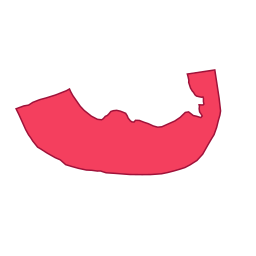 Alamoni, Tuvalu (Equal Earth projection), rotated 342°
{"feature_id": "33948139B55306304782384", "entity_name": "Alamoni", "entity_type": "district", "adm_level": 2, "iso_a3": "TUV", "parent_name": "Tuvalu", "parent_adm1": "", "projection": "equal_earth", "projection_center": [177.156, -7.249], "detail": "fine", "context": "isolated", "style": "filled", "palette": "rose", "viewbox_px": 256, "rotation_deg": 342, "n_neighbors": 0, "source": "geoboundaries", "source_scale": "gbopen_adm2", "svg_char_len": 1575}
<svg xmlns="http://www.w3.org/2000/svg" viewBox="0 0 256 256"><g transform="rotate(342 128 128)"><path d="M27.5,75.1L28.4,81.4L29.4,90.4L30.2,97.9L31.3,103.7L32.5,107.4L33.4,111.0L36.1,118.2L38.8,121.3L43.1,126.6L49.6,133.7L49.7,133.8L53.8,137.4L57.4,143.6L62.6,147.2L68.5,151.1L75.4,155.1L80.4,157.0L85.4,159.4L88.6,160.4L90.9,162.1L93.3,163.8L100.8,166.8L115.4,172.8L127.0,176.7L135.2,179.3L145.8,181.9L151.9,182.6L158.3,183.0L164.5,183.2L169.9,183.2L175.7,182.2L180.3,181.0L183.5,180.2L188.6,177.3L190.9,176.0L194.5,172.7L198.5,169.0L203.8,164.3L207.8,160.9L212.5,154.8L216.1,149.0L219.4,144.1L221.3,140.4L223.9,127.6L228.5,99.6L201.1,95.0L201.0,97.6L200.6,101.4L199.8,103.4L199.8,106.5L199.8,109.4L200.6,112.8L201.3,114.3L202.0,117.2L203.0,118.8L205.4,120.3L207.6,121.5L208.9,121.7L208.9,123.2L207.9,126.1L207.6,128.6L206.9,129.2L205.6,129.0L204.1,128.4L202.8,127.9L202.6,129.5L201.6,131.7L201.1,134.8L201.8,137.3L202.3,139.5L200.5,140.6L196.8,138.0L193.9,136.3L190.6,131.4L187.3,130.9L186.3,131.4L183.6,132.7L181.0,134.0L174.7,135.8L160.6,137.3L156.5,136.4L152.7,133.9L148.6,130.1L145.3,127.7L141.1,124.3L137.5,123.0L135.5,124.2L133.6,123.4L132.4,121.8L131.8,120.2L131.2,118.7L131.0,116.1L130.3,113.3L128.1,111.4L125.9,109.6L122.7,107.7L119.4,107.0L116.8,107.0L114.3,108.6L112.2,109.7L110.0,109.9L108.6,110.8L106.6,111.8L105.4,112.0L101.6,110.3L96.8,105.4L92.1,98.3L91.5,97.3L89.3,92.6L85.5,80.0L84.7,75.7L84.4,72.8L80.9,73.5L69.3,74.2L59.5,74.1L53.4,73.8L52.1,73.8L45.4,74.2L40.5,75.5L35.8,74.8L27.5,75.1Z" fill="#f43f5e" stroke="#9f1239" stroke-width="1.5"/></g></svg>